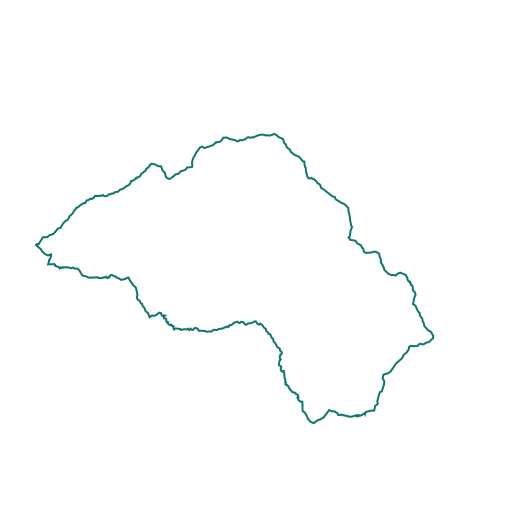 Maneciu, Prahova, Romania (Natural Earth projection), rotated 121°
{"feature_id": "2599482B82003070175979", "entity_name": "Maneciu", "entity_type": "district", "adm_level": 2, "iso_a3": "ROU", "parent_name": "Romania", "parent_adm1": "Prahova", "projection": "natural_earth1", "projection_center": [25.967, 45.402], "detail": "fine", "context": "isolated", "style": "outline", "palette": "teal", "viewbox_px": 512, "rotation_deg": 121, "n_neighbors": 0, "source": "geoboundaries", "source_scale": "gbopen_adm2", "svg_char_len": 6102}
<svg xmlns="http://www.w3.org/2000/svg" viewBox="0 0 512 512"><g transform="rotate(121 256 256)"><path d="M370.3,429.9L366.9,424.8L366.8,423.8L367.9,423.2L367.1,419.5L367.8,418.0L366.4,417.5L366.5,416.7L365.2,416.1L365.1,414.9L364.0,414.0L363.5,412.7L362.7,411.8L361.8,408.3L360.2,407.0L360.4,405.5L358.9,402.8L358.8,401.7L359.6,399.4L361.4,396.4L362.1,394.3L361.0,391.5L360.9,389.0L360.0,387.0L355.7,380.5L355.9,379.4L354.4,376.9L352.5,375.3L352.1,374.1L350.9,373.8L351.4,371.8L349.8,371.3L350.1,370.9L349.8,370.7L347.6,370.9L346.4,369.6L346.4,366.9L345.8,366.0L346.3,363.9L345.8,362.5L345.9,359.2L342.9,356.2L340.8,355.1L340.1,354.3L342.3,350.8L342.9,348.8L344.3,346.3L345.0,342.6L350.3,337.6L352.9,336.9L354.3,335.0L354.4,332.3L355.9,330.4L355.7,328.9L357.3,327.4L357.7,325.3L360.1,322.3L360.5,319.3L363.3,315.6L360.4,314.5L360.3,313.3L358.4,311.3L354.4,309.8L353.9,308.0L354.9,307.0L355.6,305.2L354.2,304.4L354.0,303.4L355.5,304.1L355.7,303.4L356.8,302.7L356.1,301.1L357.0,299.9L358.4,299.1L358.0,297.4L359.2,297.1L359.5,295.2L359.5,294.0L358.4,293.2L359.2,292.3L358.6,290.5L360.3,289.8L361.1,288.3L359.6,287.8L357.7,283.6L357.5,283.0L358.0,282.5L357.8,281.8L355.5,279.7L355.0,278.0L353.3,276.8L353.9,275.1L352.0,274.6L352.4,273.6L351.9,272.1L349.5,271.5L348.6,270.5L348.5,268.5L349.6,266.4L348.0,264.1L347.3,262.1L346.6,261.4L346.2,259.0L344.4,256.8L344.1,255.7L343.2,255.0L341.2,254.5L339.3,251.1L338.0,250.5L335.0,247.0L333.1,245.9L332.5,245.1L331.4,244.7L331.2,243.1L329.0,243.2L328.0,241.5L324.5,240.4L321.9,238.2L322.2,237.0L321.9,235.4L320.1,234.9L319.4,233.6L319.4,232.0L320.2,230.4L320.1,229.1L317.8,227.9L315.8,225.4L312.5,223.2L312.2,222.3L313.4,219.9L313.4,218.7L313.1,218.0L312.2,218.0L311.8,217.3L312.1,216.4L311.9,215.1L313.2,212.6L313.6,209.9L315.0,208.7L315.4,206.0L316.3,205.3L315.8,203.5L318.1,200.2L318.1,198.7L320.2,196.9L320.5,195.3L322.0,192.4L323.0,191.3L323.2,187.9L324.7,186.7L325.1,184.5L326.3,183.5L328.4,184.3L328.9,183.7L329.7,183.9L331.3,183.0L331.9,181.5L333.7,181.9L337.3,180.4L337.7,179.8L337.8,177.5L338.9,176.8L340.5,176.5L341.6,174.9L340.4,173.0L341.5,172.9L341.5,171.8L346.0,168.5L347.3,166.8L349.2,165.9L349.3,164.9L350.4,164.9L350.9,164.5L351.0,163.8L350.6,162.8L351.1,160.9L352.1,160.1L352.5,158.5L353.2,157.8L353.3,156.0L354.0,154.8L353.4,153.5L353.2,151.5L353.6,151.2L353.7,149.9L353.4,148.7L354.3,148.2L355.0,146.9L356.1,147.4L356.2,146.6L357.5,145.8L358.0,143.0L357.1,141.7L357.2,141.0L364.5,136.5L365.0,135.3L365.0,133.5L366.0,132.0L366.1,131.3L368.9,127.4L370.0,123.7L369.5,120.4L365.1,118.6L362.7,116.6L359.2,114.7L356.9,114.8L356.1,114.4L350.4,114.0L350.0,110.9L348.7,108.5L348.9,105.2L349.9,103.5L347.9,100.8L348.0,99.9L347.0,98.2L346.8,96.5L345.9,95.3L346.1,94.2L344.6,91.4L340.5,87.7L340.1,86.9L341.3,87.5L341.6,87.2L341.0,86.2L338.3,83.6L334.8,81.9L335.2,81.3L334.3,81.7L333.0,81.3L328.8,77.3L328.6,76.1L327.5,75.1L323.2,76.6L319.9,75.5L318.1,77.2L310.9,79.3L308.7,79.6L307.3,78.4L299.9,80.2L297.6,81.3L296.4,82.8L295.9,84.3L292.1,85.7L288.4,82.3L285.5,81.1L275.8,80.6L269.3,78.4L266.9,78.1L264.8,78.6L261.3,77.2L257.5,77.0L254.6,78.0L252.7,76.2L252.5,75.1L250.5,71.9L249.7,71.1L247.8,70.8L246.7,70.1L245.6,67.0L242.3,65.2L240.7,63.4L235.3,61.9L233.2,62.9L231.1,66.7L230.8,68.0L231.1,69.9L229.4,75.5L226.9,77.9L226.2,79.4L224.0,81.3L222.7,84.8L220.6,86.3L220.3,88.3L216.5,93.7L216.3,96.6L210.9,98.7L207.0,99.3L206.2,100.0L205.1,101.6L204.5,104.1L203.1,104.7L200.8,107.0L200.8,108.4L199.9,109.1L199.6,110.3L198.6,110.8L199.1,112.1L198.1,114.1L196.5,115.3L196.5,116.0L195.1,117.7L196.0,123.8L197.7,125.2L200.9,126.3L201.4,128.4L202.6,130.0L203.1,133.3L201.8,138.6L201.3,139.6L200.2,140.1L199.8,141.4L198.6,142.8L197.2,145.7L195.4,146.5L193.8,148.2L193.3,149.3L190.6,151.6L190.6,154.9L191.2,156.8L194.0,159.4L196.8,163.5L196.7,165.7L194.3,168.0L194.4,169.2L192.8,171.6L193.0,176.1L191.8,178.0L192.1,179.7L193.6,183.5L192.9,184.9L192.1,185.4L192.3,186.1L190.5,185.9L185.8,187.9L181.7,188.6L180.8,190.1L176.8,193.8L173.6,196.2L169.7,200.0L167.3,201.6L166.0,206.7L166.4,210.1L166.4,216.5L165.8,217.9L164.9,218.6L165.5,221.7L164.0,232.9L164.1,235.5L162.8,236.6L161.9,238.1L161.7,239.0L162.0,240.5L160.6,243.5L160.7,244.5L160.2,245.8L160.7,246.9L160.5,248.6L161.5,249.2L162.4,251.2L161.3,253.0L157.9,256.6L154.8,258.8L154.6,259.6L152.7,261.5L150.1,263.2L150.7,264.7L148.8,269.8L149.4,274.8L149.0,279.4L147.5,281.4L146.9,285.7L145.0,288.0L144.7,289.7L141.8,293.2L142.3,297.2L142.2,299.2L141.7,300.6L142.1,303.5L144.0,304.6L145.9,306.5L146.8,308.8L147.7,309.7L148.1,311.9L149.1,313.8L151.9,316.7L156.0,319.6L156.1,320.4L157.8,322.0L157.9,323.3L158.9,324.5L161.8,325.5L162.4,326.4L164.1,327.6L164.7,329.5L166.9,330.2L167.6,332.0L167.4,333.5L169.5,339.3L169.3,340.3L169.9,343.0L170.7,343.6L171.4,344.9L175.0,345.1L177.1,346.2L178.3,347.9L179.0,348.1L179.1,348.8L183.2,350.0L188.9,354.8L190.1,356.2L190.1,358.7L191.9,359.9L198.3,360.5L202.0,360.1L203.0,360.4L206.8,359.7L209.7,358.5L211.2,357.2L212.6,356.7L215.8,360.7L218.6,361.0L222.2,364.2L225.2,364.7L227.6,367.1L229.8,367.6L234.0,369.4L234.9,370.6L234.7,373.9L231.5,377.0L231.3,378.6L230.5,380.4L228.1,383.6L229.4,386.2L229.5,389.6L230.6,393.0L233.1,393.9L235.0,393.7L237.7,394.9L239.8,394.7L245.0,396.7L247.2,396.5L248.9,397.3L249.8,398.4L250.9,398.3L251.3,399.2L252.4,399.1L255.0,400.4L256.2,401.8L258.1,401.2L260.4,401.4L263.1,403.1L266.4,404.4L269.5,406.8L272.0,407.4L274.1,409.9L276.1,410.4L276.5,411.7L278.2,412.6L278.7,413.7L281.3,414.6L282.6,416.3L282.9,417.5L282.6,418.3L283.0,419.0L283.9,419.3L284.8,421.0L285.5,421.3L285.7,422.3L286.7,423.1L286.6,424.0L286.9,424.4L287.9,425.1L289.4,424.9L291.0,426.0L291.7,426.0L292.2,427.5L294.1,428.2L295.3,429.6L298.8,429.8L299.5,431.0L303.0,432.8L305.9,433.7L307.2,434.9L308.1,434.6L310.2,435.2L314.1,435.1L317.8,436.2L321.7,436.0L324.3,437.4L327.0,438.1L332.7,438.1L334.4,439.9L340.6,440.8L342.7,442.0L344.3,443.7L347.5,444.7L349.5,448.2L358.0,448.5L358.4,449.9L360.0,450.1L360.9,444.2L362.5,440.9L363.0,437.4L362.6,434.5L360.2,432.5L361.4,431.6L365.6,431.0L366.2,431.3L367.0,430.7L370.3,429.9Z" fill="none" stroke="#0f766e" stroke-width="2"/></g></svg>